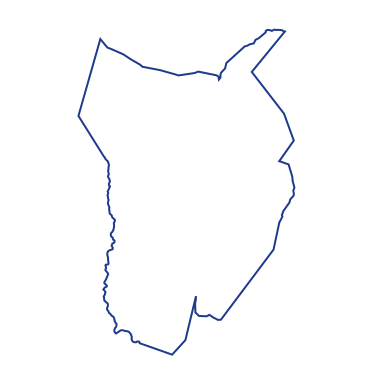 Santos Reyes Pápalo, Oaxaca, Mexico, rotated 265°
{"feature_id": "50627088B34402945572854", "entity_name": "Santos Reyes Pápalo", "entity_type": "district", "adm_level": 2, "iso_a3": "MEX", "parent_name": "Mexico", "parent_adm1": "Oaxaca", "projection": "albers", "projection_center": [-96.887, 17.792], "detail": "fine", "context": "isolated", "style": "outline", "palette": "blue", "viewbox_px": 384, "rotation_deg": 265, "n_neighbors": 0, "source": "geoboundaries", "source_scale": "gbopen_adm2", "svg_char_len": 3319}
<svg xmlns="http://www.w3.org/2000/svg" viewBox="0 0 384 384"><g transform="rotate(265 192 192)"><path d="M211.1,290.6L215.1,281.6L234.4,297.9L262.0,290.5L306.4,262.0L343.8,298.5L344.2,297.3L345.4,295.6L346.1,291.6L346.0,289.9L346.6,288.1L345.5,285.5L346.3,284.2L346.9,281.4L346.2,279.6L344.5,279.2L339.4,271.9L338.0,268.5L334.7,266.5L333.9,261.8L333.0,260.2L332.4,257.1L317.5,237.5L312.2,235.7L308.4,231.5L306.3,230.5L303.5,230.3L301.7,228.6L304.5,228.5L306.1,226.6L311.4,208.7L310.3,205.0L309.3,188.8L311.1,184.4L311.8,182.4L316.2,170.8L321.1,153.5L323.2,151.6L329.9,142.1L335.2,135.4L341.3,124.3L343.2,120.4L352.3,114.0L277.7,85.5L235.6,107.0L234.5,107.7L233.9,108.2L232.8,108.5L232.0,109.0L230.6,110.2L229.3,111.1L228.1,111.2L227.2,111.5L226.1,111.6L225.2,111.4L224.0,111.0L222.8,110.9L221.8,110.7L220.2,110.3L219.2,110.4L218.0,110.5L217.0,110.7L216.3,110.4L215.6,109.9L214.8,109.7L213.9,109.9L212.8,110.4L212.1,110.8L211.4,110.9L210.7,110.9L210.0,111.2L209.1,110.9L208.2,110.3L207.1,109.9L206.2,109.8L205.4,110.1L205.3,110.3L205.1,110.7L204.5,110.7L203.6,110.1L202.0,109.4L199.9,108.0L198.3,108.5L197.1,108.0L196.2,107.6L195.3,107.6L194.6,107.9L193.6,107.9L192.8,107.8L191.6,108.2L190.6,108.0L189.4,107.5L188.6,107.3L187.2,107.3L186.7,107.5L185.7,107.8L184.7,108.2L183.8,108.2L182.8,108.1L182.2,108.0L181.4,107.9L181.0,108.0L180.5,108.2L179.9,108.1L178.8,108.0L178.0,108.2L177.1,108.6L176.4,109.4L175.6,110.0L174.1,110.2L173.5,110.5L173.0,110.9L172.4,111.6L171.7,112.0L171.3,112.6L170.3,112.7L169.2,112.4L168.5,111.7L167.5,111.4L166.3,111.4L165.6,111.5L164.9,111.4L164.0,111.3L162.6,110.8L161.6,110.6L160.8,110.2L159.9,109.6L159.2,109.2L158.6,108.3L157.9,107.6L156.9,107.4L155.5,107.4L154.6,107.8L153.4,109.0L151.8,109.2L151.3,109.4L151.1,109.9L150.6,110.4L149.9,110.6L149.2,110.6L148.0,109.6L147.6,108.2L145.3,107.2L143.6,108.2L142.7,108.1L141.9,107.9L141.1,104.8L140.4,103.4L139.0,102.5L137.6,102.2L136.4,102.2L135.3,102.4L134.3,102.6L132.9,102.6L131.5,102.4L130.8,102.6L128.0,102.6L127.3,102.3L127.1,101.2L127.1,99.8L126.5,99.4L124.8,99.7L123.6,99.7L122.5,99.0L121.5,99.0L118.5,101.1L117.3,101.3L115.2,100.1L112.7,98.9L109.6,96.7L108.5,96.9L106.8,98.6L105.9,99.0L105.2,98.8L105.0,97.8L104.3,96.7L102.7,95.2L100.8,96.6L99.8,97.1L98.7,96.6L97.7,96.4L95.6,94.9L94.9,95.2L93.1,95.1L91.4,95.3L91.0,95.8L90.0,96.5L88.6,98.1L87.9,98.4L86.0,98.3L84.9,97.9L84.2,97.4L83.0,97.1L81.8,97.4L81.1,98.0L80.0,98.5L78.8,98.7L78.1,99.7L76.7,100.6L75.5,101.5L75.0,102.2L74.8,102.7L73.8,103.1L72.4,103.6L70.6,103.6L68.7,104.3L67.0,105.4L66.1,105.2L64.9,104.9L64.0,104.4L63.1,103.5L61.9,102.8L60.8,102.5L59.4,102.7L58.2,103.4L57.7,104.1L58.4,105.3L59.1,106.7L60.0,108.1L60.4,109.3L60.4,110.5L60.0,111.9L59.2,113.5L59.2,114.7L58.7,115.7L58.3,116.9L56.9,117.9L55.5,118.8L53.6,119.2L52.4,119.4L51.2,119.1L50.1,119.1L48.9,119.6L48.0,120.2L47.5,121.2L47.3,122.0L47.2,123.2L47.9,124.4L47.5,126.4L45.9,126.7L31.7,158.0L45.0,172.5L87.9,186.9L83.8,186.3L80.8,185.4L71.7,184.9L67.9,188.2L66.9,195.8L68.1,198.6L65.1,202.3L62.3,206.8L62.3,209.7L127.5,268.2L154.3,276.4L154.4,276.6L159.6,279.9L161.1,279.5L162.3,280.1L165.1,281.4L171.7,287.0L172.7,288.0L176.0,289.2L179.6,293.0L181.8,293.3L184.4,293.0L187.1,294.3L188.5,294.3L189.5,294.1L193.7,293.3L197.0,293.2L198.7,293.2L211.1,290.6Z" fill="none" stroke="#1e3a8a" stroke-width="2"/></g></svg>